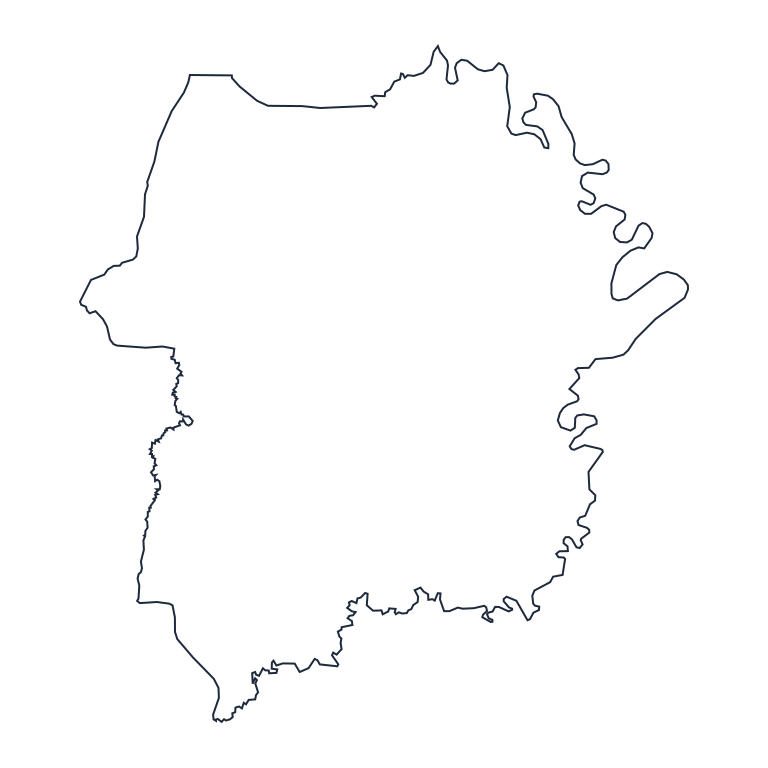 Kanthararom, Si Sa Ket, Thailand
{"feature_id": "78962969B19002153549753", "entity_name": "Kanthararom", "entity_type": "district", "adm_level": 2, "iso_a3": "THA", "parent_name": "Thailand", "parent_adm1": "Si Sa Ket", "projection": "mercator", "projection_center": [104.547, 15.116], "detail": "fine", "context": "isolated", "style": "outline", "palette": "slate", "viewbox_px": 768, "rotation_deg": 0, "n_neighbors": 0, "source": "geoboundaries", "source_scale": "gbopen_adm2", "svg_char_len": 6062}
<svg xmlns="http://www.w3.org/2000/svg" viewBox="0 0 768 768"><path d="M602.5,159.7L592.8,164.2L584.8,165.1L579.9,163.3L575.6,159.4L573.7,154.9L574.6,143.4L571.7,134.0L561.7,117.2L558.5,106.1L552.9,99.1L547.9,95.7L537.2,93.7L533.9,94.3L533.5,96.5L536.2,102.3L535.6,107.4L533.7,109.4L525.1,112.7L522.3,118.5L523.5,122.4L526.0,124.9L537.3,126.4L542.6,130.1L548.4,144.0L548.3,148.2L544.3,147.5L540.5,139.1L534.4,134.3L527.0,132.7L515.6,135.1L511.4,133.6L507.2,126.2L509.8,107.1L506.7,87.8L507.5,75.1L503.4,65.5L498.7,63.2L492.6,69.8L484.5,71.2L477.9,69.3L467.1,60.7L461.3,59.8L456.7,63.2L455.0,67.7L457.7,80.4L454.1,83.6L450.5,83.6L448.1,82.4L446.5,79.4L448.0,65.4L447.0,60.6L440.1,51.9L437.9,46.1L433.7,51.7L430.5,64.8L423.0,72.9L413.9,75.9L407.6,75.2L404.8,77.8L402.9,74.0L401.1,73.5L399.9,79.4L394.3,81.6L390.1,89.3L385.2,92.2L384.7,96.2L374.8,95.7L371.7,97.0L376.9,103.8L374.1,107.4L371.2,105.8L320.2,108.0L302.2,106.1L268.0,105.8L257.1,100.8L239.6,86.5L232.0,78.1L231.8,75.4L189.9,75.0L188.3,82.3L183.9,92.6L171.7,111.1L158.4,141.9L154.4,161.5L147.2,182.0L147.8,185.7L145.0,194.4L144.0,216.8L137.0,236.5L137.8,248.6L136.3,256.4L132.9,259.6L122.0,262.8L119.8,265.7L113.7,265.9L107.8,269.5L104.3,274.6L91.0,279.9L80.0,301.6L81.2,304.8L86.0,306.8L86.9,310.4L89.6,313.3L95.5,311.2L103.0,319.2L107.0,326.5L110.0,339.5L113.4,344.1L117.1,345.6L145.8,347.7L162.5,346.5L174.3,348.7L173.3,356.5L171.2,357.0L171.5,358.9L174.7,359.7L175.6,363.2L178.9,362.8L179.3,365.0L177.2,368.7L181.5,371.8L180.5,373.6L182.0,375.4L178.9,375.3L176.8,378.2L178.2,380.0L178.1,383.2L176.3,383.9L176.7,386.3L173.3,389.9L175.6,391.9L172.8,392.7L172.2,394.7L174.7,394.7L174.5,396.2L176.3,396.9L175.7,398.2L177.3,398.8L175.4,400.8L174.7,405.1L175.9,406.1L176.8,412.0L179.5,413.2L180.7,411.9L181.5,414.5L183.2,414.6L184.0,416.5L188.8,416.4L192.7,421.0L191.5,423.8L188.7,425.6L186.0,424.4L183.1,419.6L183.0,421.4L179.9,421.3L179.0,423.2L180.0,425.3L173.3,427.7L173.5,429.5L170.3,427.5L166.4,428.6L167.0,430.4L165.1,430.5L165.2,432.2L163.5,433.4L163.3,435.3L161.9,435.5L161.1,438.3L157.8,439.4L158.7,441.6L155.5,440.1L154.9,443.7L152.1,442.6L151.8,448.1L149.8,449.2L151.8,450.7L150.0,454.0L152.0,454.0L152.0,456.8L153.4,456.2L153.1,457.9L155.3,458.8L154.6,463.3L156.3,465.3L153.7,466.3L154.0,469.2L151.0,472.3L153.2,475.5L155.8,475.0L154.6,476.2L155.1,481.1L157.2,479.7L159.4,481.3L160.3,486.0L159.8,489.2L156.6,489.3L158.1,490.4L155.5,492.7L157.7,494.2L155.2,494.9L156.2,497.5L153.5,498.9L155.0,500.0L150.4,506.1L150.8,507.6L149.2,507.8L149.5,511.3L147.8,511.9L147.8,516.5L145.5,519.5L147.2,521.6L147.6,527.7L145.3,531.1L145.3,534.6L144.0,535.6L145.1,536.3L143.4,540.4L143.9,549.7L140.9,561.6L142.0,568.3L140.8,572.3L138.7,574.0L137.6,578.6L139.3,585.7L138.5,598.5L137.1,600.9L139.9,603.1L157.0,602.0L169.4,603.7L172.5,605.3L174.9,617.4L175.0,632.0L177.3,639.1L193.1,657.6L213.8,678.8L218.5,687.9L218.9,697.9L213.1,714.6L213.6,719.4L215.9,720.8L215.8,719.6L217.9,719.0L221.6,721.9L224.0,719.2L226.0,720.5L229.8,719.4L232.7,717.1L232.3,713.3L235.2,712.2L235.5,707.6L239.0,706.5L241.9,708.4L243.8,702.8L246.0,704.3L248.7,699.9L255.2,699.4L256.0,695.1L258.1,692.3L255.3,683.6L256.9,680.1L255.1,678.3L252.7,683.7L252.2,673.1L255.1,672.0L256.1,674.7L259.0,675.8L262.9,668.3L265.2,670.3L268.7,670.5L269.2,673.3L276.4,672.9L277.3,669.4L271.7,668.7L271.9,662.6L273.5,660.7L276.4,665.5L282.8,663.4L294.7,663.6L299.7,672.0L308.6,668.1L314.7,658.9L317.5,660.3L319.8,664.4L337.3,666.3L338.3,664.3L332.0,655.3L333.2,652.6L336.6,654.6L341.6,649.1L340.6,643.0L341.4,638.5L339.4,636.6L337.9,631.6L341.5,629.6L341.6,627.2L352.4,625.0L351.9,621.1L347.6,618.2L349.4,615.8L353.0,615.3L355.6,612.1L351.8,611.3L347.2,607.9L349.7,605.2L348.9,602.4L351.7,601.0L356.4,603.1L357.5,598.4L360.7,597.6L365.1,593.0L367.6,593.8L366.8,605.3L373.1,610.7L381.5,610.4L382.7,614.3L388.2,611.5L389.2,608.4L395.6,608.9L394.7,612.4L395.9,614.2L398.7,612.3L402.1,613.5L406.8,613.1L408.3,610.4L411.3,609.1L413.2,605.1L417.6,602.1L418.2,596.8L414.7,590.2L420.5,587.6L423.5,591.5L428.1,594.3L428.3,599.8L432.5,599.2L434.7,600.6L437.8,593.2L440.5,593.4L440.0,599.5L444.1,611.1L449.5,611.1L457.8,607.6L462.7,608.7L473.8,608.2L484.2,605.8L486.2,607.3L487.0,610.9L483.0,614.8L482.3,617.2L490.7,622.0L492.4,621.8L492.5,620.0L488.7,618.2L487.0,614.2L488.4,612.6L492.5,611.6L495.1,606.9L499.0,607.0L508.6,611.4L512.1,609.8L512.1,608.7L509.0,607.4L503.7,601.3L503.7,599.0L506.6,596.7L516.4,600.8L527.5,620.2L530.0,619.2L533.4,612.7L539.0,610.0L539.2,606.6L535.0,605.7L533.2,603.6L532.3,595.7L534.5,590.5L550.2,582.1L553.1,576.7L562.6,574.9L565.1,558.9L563.7,557.5L558.5,557.2L556.2,553.9L559.3,551.3L567.9,551.1L567.5,546.3L563.6,543.2L563.7,539.8L565.6,537.2L569.1,537.1L571.9,539.3L576.5,547.3L579.7,548.0L582.6,544.4L580.7,540.2L581.2,538.7L589.3,532.6L589.2,529.8L586.9,527.8L578.5,525.0L577.5,521.1L579.8,517.5L585.2,515.8L590.0,504.3L595.0,500.6L595.3,495.2L589.4,489.4L588.5,471.9L602.8,451.9L602.4,450.0L600.4,448.9L584.6,445.2L574.1,449.8L571.5,449.1L569.7,446.3L574.7,438.2L580.7,434.9L586.4,428.0L596.5,423.9L596.6,420.4L594.2,416.3L583.9,414.4L577.4,415.4L575.3,417.9L574.8,427.8L570.5,430.6L560.9,427.2L557.8,420.5L559.9,413.1L563.2,408.1L567.8,404.6L577.1,401.3L578.6,399.1L577.9,395.7L569.4,389.0L579.3,378.1L578.6,374.4L575.4,369.8L577.9,368.1L588.9,367.8L595.5,359.1L612.6,357.7L623.4,354.7L628.1,350.3L635.7,338.9L655.5,319.0L684.6,297.8L688.0,289.4L687.9,285.3L683.8,279.5L676.7,274.3L667.2,271.9L659.4,274.1L627.1,298.6L617.9,300.4L612.8,298.4L611.5,294.1L611.4,283.4L616.3,265.0L622.5,257.2L630.6,250.6L638.5,247.4L644.2,248.4L651.6,238.0L652.5,233.2L649.2,226.8L645.7,223.7L642.3,223.1L638.5,225.7L631.8,239.7L627.0,242.4L620.1,242.0L615.2,238.1L613.7,232.1L616.0,226.4L624.6,219.5L625.4,214.9L623.7,211.7L606.2,204.7L601.5,206.1L591.1,213.8L585.0,213.8L580.2,210.1L578.2,205.5L579.6,201.7L581.7,201.2L590.5,204.8L593.6,203.2L595.3,198.5L593.7,194.6L582.7,188.1L580.6,182.6L582.0,176.1L587.8,172.6L602.6,174.2L606.8,172.5L608.7,170.0L608.5,164.1L605.7,160.6L602.5,159.7Z" fill="none" stroke="#1e293b" stroke-width="2"/></svg>